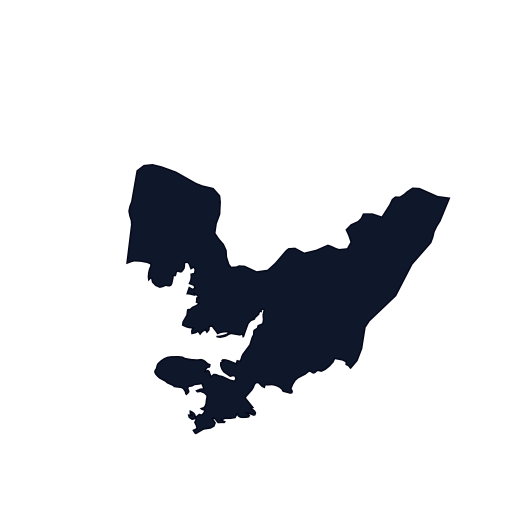 outline of Izmir, rotated 312°
{"feature_id": "TUR-2230", "entity_name": "Izmir", "entity_type": "Province", "adm_level": 1, "iso_a3": "TUR", "parent_name": "Turkey", "parent_adm1": "", "projection": "natural_earth1", "projection_center": [26.887, 38.676], "detail": "fine", "context": "isolated", "style": "filled", "palette": "ink", "viewbox_px": 512, "rotation_deg": 312, "n_neighbors": 0, "source": "natural_earth", "source_scale": "10m", "svg_char_len": 5376}
<svg xmlns="http://www.w3.org/2000/svg" viewBox="0 0 512 512"><g transform="rotate(312 256 256)"><path d="M235.9,401.2L236.1,400.3L236.4,398.8L236.3,397.3L235.7,395.6L237.8,393.7L236.6,389.6L232.5,382.9L228.8,384.1L223.4,384.1L218.0,383.2L214.3,381.7L213.6,380.7L213.0,379.4L212.2,378.3L210.7,377.8L209.5,377.8L208.4,377.5L207.5,376.9L207.2,376.0L206.7,373.1L205.4,372.2L201.1,371.5L193.5,368.6L189.6,368.2L184.9,369.1L182.3,370.1L181.3,370.3L180.6,370.9L180.2,372.2L179.6,373.5L178.3,374.1L177.1,373.2L173.7,366.6L174.5,364.2L174.4,361.5L173.7,358.8L172.7,356.4L171.2,353.9L167.9,350.7L166.6,348.8L164.0,350.1L163.3,347.9L163.6,342.4L161.6,340.6L159.3,340.8L156.8,341.8L153.9,342.4L144.7,342.5L143.2,343.1L141.3,355.0L140.6,354.5L140.5,354.4L140.2,353.9L139.3,353.9L139.7,356.5L139.7,358.9L139.0,360.6L137.2,361.4L136.2,360.7L134.5,356.1L133.1,353.9L133.0,357.8L131.5,358.1L129.5,356.5L126.6,353.4L125.7,351.9L125.4,350.1L126.0,347.5L121.9,348.5L118.2,345.5L114.6,341.5L110.9,339.9L111.6,342.9L111.9,343.7L110.9,343.7L110.1,342.6L106.9,339.3L107.1,337.5L107.5,335.8L107.6,334.2L106.9,332.4L105.9,332.4L104.6,337.3L101.5,338.5L97.8,337.3L93.0,333.3L91.6,332.5L83.9,330.1L83.7,328.9L84.5,326.1L88.4,327.7L90.1,325.2L91.5,321.8L94.7,321.0L94.7,319.7L91.9,317.8L91.5,314.4L92.7,312.4L94.7,314.6L95.0,312.9L95.3,312.2L95.9,311.7L96.7,311.0L97.3,313.2L97.4,315.2L97.0,316.9L95.7,318.5L96.4,319.1L97.2,319.4L98.1,319.6L99.3,319.7L100.4,320.0L100.7,320.7L100.9,321.6L101.9,322.2L104.0,322.3L106.1,321.9L107.2,320.7L105.9,318.5L105.9,317.3L108.2,318.7L109.1,318.8L111.0,318.5L112.7,317.8L116.4,315.2L117.6,314.6L119.6,313.0L119.8,309.3L118.4,305.4L116.0,303.4L116.0,302.0L119.8,303.8L121.6,305.7L122.9,305.5L125.1,300.8L123.0,299.5L119.4,296.3L116.4,295.2L114.4,293.4L113.0,293.2L111.7,294.0L110.5,296.5L109.5,297.0L106.6,296.8L106.7,296.1L108.0,294.2L109.0,290.7L108.4,288.5L103.9,281.9L104.9,283.1L104.4,280.9L102.6,275.3L102.4,274.2L102.6,273.0L100.9,266.0L100.9,263.4L101.2,260.7L102.0,258.6L103.4,257.7L105.7,257.4L108.9,255.7L110.5,255.3L114.5,255.7L118.2,256.6L121.4,258.1L124.1,260.3L129.1,265.6L131.5,269.0L132.2,271.8L135.6,277.2L139.3,281.9L140.6,283.1L141.6,283.9L142.5,284.9L143.3,286.9L143.6,289.0L143.5,290.8L143.6,292.5L144.4,294.4L143.4,295.1L142.9,295.4L142.3,295.6L141.1,294.6L139.6,294.2L137.9,294.6L136.2,295.6L138.7,296.9L138.7,298.6L137.4,300.7L136.2,303.4L139.7,303.9L141.2,305.9L142.1,308.7L143.8,311.5L146.4,320.0L148.7,324.0L151.9,322.9L152.7,320.5L151.8,318.9L149.4,317.3L148.4,309.6L149.2,306.4L150.9,303.2L153.1,301.3L155.6,302.0L155.6,300.8L156.5,300.8L158.2,302.6L159.9,306.0L162.6,313.5L163.3,313.1L165.0,312.5L165.6,312.1L166.8,314.5L169.0,314.2L171.6,312.9L174.2,312.1L185.9,311.0L193.2,307.6L195.6,307.1L196.3,306.7L198.2,305.1L199.1,304.5L200.6,304.6L202.0,305.2L203.4,305.4L205.1,304.5L205.3,305.3L206.1,304.5L210.2,306.4L213.6,304.3L217.1,300.6L221.4,298.3L221.4,297.0L219.9,295.9L219.3,296.0L218.2,297.0L217.2,295.6L214.4,296.9L209.4,296.4L208.1,297.0L204.3,295.2L200.4,295.3L191.1,299.1L188.0,300.5L187.5,300.4L189.0,298.3L186.4,296.5L181.9,289.4L179.9,288.2L176.3,287.0L174.8,286.1L171.5,283.6L169.7,280.5L171.8,282.6L174.5,284.6L178.5,287.0L180.8,286.9L180.8,285.7L179.0,283.6L177.1,281.9L175.1,280.5L172.7,279.4L173.3,277.2L174.1,272.7L174.7,270.5L172.6,268.5L171.2,269.1L169.6,270.4L166.6,270.5L167.2,268.5L167.7,267.8L164.5,266.7L162.6,266.5L160.6,266.7L160.9,265.8L161.3,263.7L161.5,262.9L159.6,262.8L158.2,262.1L155.6,260.3L156.6,259.1L157.7,258.2L159.0,257.8L160.6,257.7L157.7,253.5L156.6,251.0L155.6,247.7L158.3,245.9L165.9,244.3L170.2,241.3L171.0,241.6L171.6,242.3L171.8,242.6L172.0,242.8L173.7,243.1L175.1,243.1L178.5,244.6L180.6,245.3L182.8,245.2L181.9,242.6L183.3,241.7L184.6,240.5L185.7,240.1L186.9,241.4L187.4,240.0L187.5,238.6L187.3,237.0L186.9,235.1L185.9,236.5L183.0,231.3L181.9,230.1L187.9,227.5L188.8,231.5L191.3,232.0L192.8,229.6L191.0,224.9L193.4,224.2L195.7,223.0L197.6,221.5L199.0,220.0L202.0,222.0L205.2,220.0L206.3,217.1L203.1,216.2L205.6,211.3L205.6,209.2L203.1,207.3L200.6,209.5L198.9,210.6L197.2,211.0L194.5,211.1L193.7,210.5L192.3,207.9L191.5,207.3L189.7,207.9L188.4,208.8L187.3,209.0L185.9,207.3L184.3,208.8L179.2,211.7L177.3,212.2L175.8,211.5L173.5,208.1L171.3,207.3L168.5,205.4L167.1,201.2L167.4,196.6L169.7,193.5L169.7,192.2L169.0,192.3L166.6,192.2L168.5,190.0L171.8,187.5L175.5,185.5L178.3,184.7L179.8,183.1L178.6,179.5L175.2,173.9L171.1,168.8L169.0,167.3L164.4,164.9L196.1,142.7L199.0,139.7L201.5,135.4L204.4,131.6L208.5,129.2L213.2,127.4L239.8,110.7L248.2,112.3L254.5,118.0L258.9,126.2L264.6,140.3L269.5,162.4L271.9,169.0L277.4,179.0L276.3,188.7L272.2,193.2L262.7,201.0L253.4,204.7L245.3,210.1L243.6,216.8L242.7,224.0L240.0,230.1L235.5,234.6L231.5,241.3L230.8,245.1L234.8,249.1L237.2,250.1L240.6,254.4L244.5,267.1L253.2,274.4L263.6,275.4L280.2,275.0L283.2,275.5L287.7,279.8L290.2,290.0L300.5,297.1L312.0,302.3L313.2,305.0L315.0,310.8L316.3,313.6L322.5,319.2L330.0,317.5L333.4,311.4L335.9,305.6L342.9,305.9L350.0,309.0L354.6,309.2L359.0,307.8L365.0,314.4L369.1,323.7L383.6,321.3L389.2,319.6L393.0,320.2L396.0,323.7L401.2,325.1L404.6,325.4L411.2,327.1L415.4,332.3L421.6,351.2L428.3,361.0L405.0,369.3L399.1,370.3L393.2,372.0L388.1,374.8L382.8,376.9L354.2,377.3L319.9,386.3L283.5,383.5L275.9,384.7L257.9,396.4L245.9,401.0L236.2,401.3L235.9,401.2Z" fill="#0f172a" stroke="#020617" stroke-width="1.5"/></g></svg>